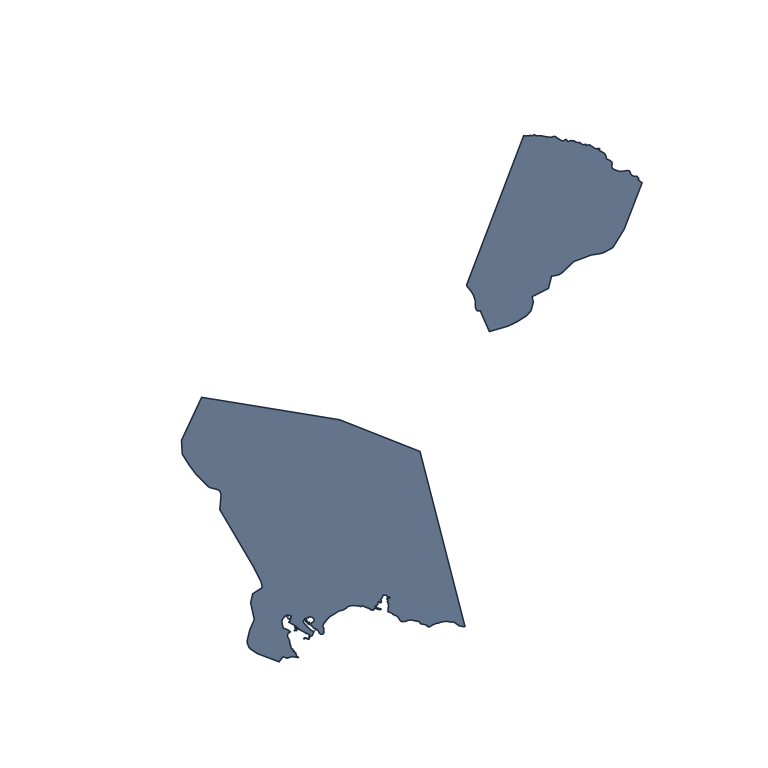 Hafnarfjarðarbær, Reykjavík, Iceland, rotated 201°
{"feature_id": "244011B99927833063684", "entity_name": "Hafnarfjarðarbær", "entity_type": "district", "adm_level": 2, "iso_a3": "ISL", "parent_name": "Iceland", "parent_adm1": "Reykjavík", "projection": "orthographic", "projection_center": [-22.014, 63.956], "detail": "fine", "context": "isolated", "style": "filled", "palette": "slate", "viewbox_px": 768, "rotation_deg": 201, "n_neighbors": 0, "source": "geoboundaries", "source_scale": "gbopen_adm2", "svg_char_len": 6053}
<svg xmlns="http://www.w3.org/2000/svg" viewBox="0 0 768 768"><g transform="rotate(201 384 384)"><path d="M365.9,97.9L366.1,98.3L366.7,98.3L367.2,98.5L367.6,98.4L368.1,98.7L368.5,99.1L368.7,99.5L370.2,101.5L370.5,101.5L370.7,101.3L372.1,102.2L372.1,102.6L372.3,102.7L372.4,102.3L372.9,102.6L373.0,102.3L374.7,103.5L374.6,103.8L375.0,103.7L375.9,104.1L377.5,106.6L377.8,106.5L378.9,108.3L379.0,108.2L379.9,110.2L381.6,112.0L382.8,112.9L383.4,113.6L383.8,114.2L384.3,116.4L382.7,118.8L382.7,119.0L382.9,119.3L382.5,119.9L383.1,119.2L385.6,120.1L390.2,120.1L391.2,120.5L391.4,121.4L391.8,121.7L392.9,123.4L392.9,123.6L393.1,123.8L394.3,125.5L394.2,126.1L394.5,126.6L394.2,128.7L393.8,130.1L393.0,132.1L392.0,132.4L391.4,131.9L391.1,131.9L392.1,133.1L391.4,133.6L389.8,133.4L389.7,134.0L389.4,134.1L387.4,133.9L387.5,132.8L387.1,132.6L387.1,132.1L387.1,131.9L387.0,131.4L387.0,130.9L389.7,131.1L389.7,130.7L387.0,130.3L387.0,128.1L387.2,127.8L387.5,127.9L387.5,127.5L378.7,126.2L378.5,125.9L378.6,125.1L378.7,124.8L380.2,125.0L380.2,124.8L378.6,124.5L378.7,123.3L378.9,122.8L379.1,122.9L379.3,121.6L379.0,121.6L378.9,122.6L378.7,122.8L378.0,122.2L377.4,122.2L377.3,122.4L377.1,124.6L377.0,125.1L376.8,125.3L375.7,124.8L375.7,124.4L367.4,123.6L367.5,123.2L364.2,123.6L363.8,123.2L363.6,121.4L363.2,121.1L363.2,119.8L363.3,119.2L363.5,119.0L366.6,119.0L367.2,118.6L367.7,117.6L367.2,117.3L366.8,118.2L366.4,118.5L363.5,118.5L362.9,118.6L362.5,119.1L362.5,122.0L362.4,122.3L361.1,122.9L360.8,123.3L360.7,127.1L360.6,127.4L360.6,127.6L361.0,127.8L364.4,128.1L368.1,129.7L369.6,130.6L372.6,131.8L374.0,132.9L374.3,133.4L374.3,133.8L373.9,136.7L370.8,138.6L370.7,139.1L371.0,139.5L370.7,139.7L368.0,140.5L366.9,140.3L365.3,139.4L364.6,138.6L364.4,138.2L364.6,137.2L364.9,136.6L366.1,135.1L366.2,134.0L366.4,133.6L367.5,133.7L368.0,134.0L368.2,134.8L368.5,134.9L368.8,134.7L368.9,133.9L369.1,133.9L370.5,134.6L371.2,135.6L371.7,136.0L372.6,136.1L372.9,135.7L372.8,135.2L372.5,134.6L372.1,134.2L370.0,133.5L368.5,132.7L366.0,132.8L363.4,131.7L362.5,131.0L361.6,130.7L360.9,130.9L359.3,130.8L359.6,130.1L358.7,130.7L357.8,130.4L356.9,130.0L355.4,128.4L354.8,128.1L353.3,127.8L351.8,128.3L351.5,128.6L351.1,129.5L351.0,130.8L351.9,132.0L352.2,133.5L352.6,134.5L353.9,135.5L354.3,136.1L354.4,136.6L354.4,137.4L354.1,139.8L353.6,140.6L353.2,142.3L352.5,144.3L352.0,145.4L351.3,147.4L348.9,150.2L345.6,154.7L344.1,156.3L341.2,158.3L340.5,159.1L338.7,161.4L338.3,162.4L337.7,163.5L334.9,165.4L331.5,166.7L329.0,167.3L328.3,167.9L327.7,168.0L326.3,167.6L325.0,169.0L324.6,169.1L319.0,169.0L316.6,169.2L316.3,168.5L316.0,168.4L313.3,168.8L312.8,169.0L312.7,169.5L312.7,170.3L312.6,170.6L312.0,171.3L307.4,171.6L306.0,172.4L306.2,173.0L311.2,172.5L311.3,172.8L312.3,172.8L312.6,173.0L312.7,173.3L312.6,173.5L311.5,174.2L310.8,176.0L310.8,176.5L311.0,176.7L311.2,178.1L311.0,179.0L310.7,179.1L309.1,178.3L308.6,178.5L308.4,179.0L308.3,179.4L308.4,179.8L308.9,180.9L309.8,181.4L309.1,184.2L309.0,185.0L309.3,186.1L309.2,186.4L306.7,187.5L306.1,187.6L304.6,186.6L303.6,187.0L302.1,186.9L302.0,186.6L303.0,186.3L303.6,186.6L303.7,186.4L303.7,186.2L303.2,185.6L304.2,185.3L304.4,185.0L304.4,184.3L303.4,184.1L303.1,183.8L302.6,183.0L302.5,182.8L303.0,182.0L302.0,181.3L301.7,180.5L301.0,180.3L300.9,179.6L300.1,178.2L299.9,177.7L300.0,176.5L299.8,175.8L299.5,175.1L298.9,173.3L298.6,172.8L295.0,172.9L294.2,172.7L293.4,172.2L291.7,171.9L289.4,172.0L288.0,171.6L286.7,171.0L284.9,169.4L282.7,168.4L280.6,169.1L280.0,169.6L278.9,170.0L278.4,170.3L277.0,172.0L275.2,172.7L274.3,173.3L273.3,173.7L272.6,173.6L270.6,173.8L269.7,174.2L267.9,174.3L266.9,174.7L266.2,174.7L265.5,174.5L264.3,173.4L263.6,173.3L258.3,174.2L257.5,174.0L257.1,173.3L256.8,173.2L254.9,173.3L254.1,173.9L252.2,176.5L251.9,177.0L250.4,178.1L249.5,179.4L248.5,179.7L247.1,180.5L246.6,181.2L245.4,182.2L244.0,182.8L242.4,184.1L240.1,184.8L239.4,185.2L238.3,185.2L236.4,185.6L234.6,186.5L231.9,186.6L230.7,186.0L228.7,185.7L227.7,185.1L225.4,185.4L224.0,185.8L222.6,185.9L222.1,186.1L221.5,186.7L326.2,333.9L412.7,334.7L549.5,306.2L552.9,258.9L547.2,246.2L536.6,238.3L527.1,232.3L511.3,225.2L509.1,224.9L501.1,225.8L499.0,225.1L497.6,223.8L496.3,221.7L492.3,207.9L441.6,167.6L428.1,155.5L424.7,150.4L431.4,141.1L430.1,132.0L420.7,117.5L421.2,106.1L419.7,94.9L418.4,92.6L415.7,89.8L414.0,88.8L405.6,86.9L382.4,87.0L380.9,92.0L380.1,93.3L376.8,93.2L376.8,93.4L375.8,93.4L374.8,94.6L373.9,95.0L372.5,96.4L365.9,97.9ZM342.6,666.0L342.4,506.4L342.0,505.5L341.1,504.7L335.8,501.7L332.7,499.3L330.3,496.5L328.3,493.9L327.4,491.2L325.9,487.9L324.1,486.1L322.3,485.8L320.5,486.9L304.4,470.7L288.8,482.6L282.0,489.9L275.5,498.6L273.0,504.9L273.8,513.8L277.0,518.6L264.7,532.2L266.2,544.8L263.5,546.2L259.8,548.7L257.5,551.9L250.7,566.3L237.0,578.5L228.6,583.3L225.4,586.0L219.2,593.4L215.2,614.7L215.1,664.3L215.9,664.4L219.7,665.8L219.9,666.3L219.7,666.9L221.9,668.4L222.7,668.6L223.8,667.9L225.4,667.5L227.3,667.7L228.7,668.4L229.3,668.9L230.2,670.2L231.3,670.9L231.9,671.0L234.1,670.2L235.9,669.0L238.6,667.6L242.0,666.7L246.6,666.8L247.8,667.2L248.4,667.6L249.1,668.4L249.4,668.9L249.6,669.8L249.7,671.2L250.5,672.5L250.9,672.9L252.9,673.7L256.8,673.9L257.2,674.3L258.6,676.7L259.4,677.1L260.1,677.9L261.1,678.4L266.2,679.2L266.9,680.1L266.9,680.9L267.3,681.1L267.6,680.9L267.9,679.7L268.3,679.7L269.0,680.5L270.6,679.6L271.5,679.5L272.6,679.7L274.3,680.3L276.0,680.4L276.8,680.9L277.6,681.0L279.2,680.3L280.5,679.3L280.8,679.2L281.4,680.1L282.1,679.9L283.2,679.0L283.5,678.9L285.8,678.9L287.1,679.3L287.4,679.7L288.8,679.1L290.7,678.7L292.9,678.7L293.3,679.2L293.8,679.2L294.8,678.9L295.4,678.4L296.7,678.4L298.9,676.5L299.6,676.4L300.8,677.3L301.7,677.6L302.0,677.4L303.6,675.4L304.6,674.9L306.6,674.9L307.9,675.4L309.6,675.5L312.8,676.5L313.8,676.2L314.6,675.8L316.0,674.5L319.0,673.5L324.1,672.4L325.7,672.3L330.9,670.3L332.6,670.7L333.1,670.5L334.2,669.5L334.4,669.0L335.2,668.5L336.9,668.5L337.2,668.0L337.7,667.6L339.1,667.2L341.6,666.0L342.6,666.0Z" fill="#64748b" stroke="#1e293b" stroke-width="1.5"/></g></svg>